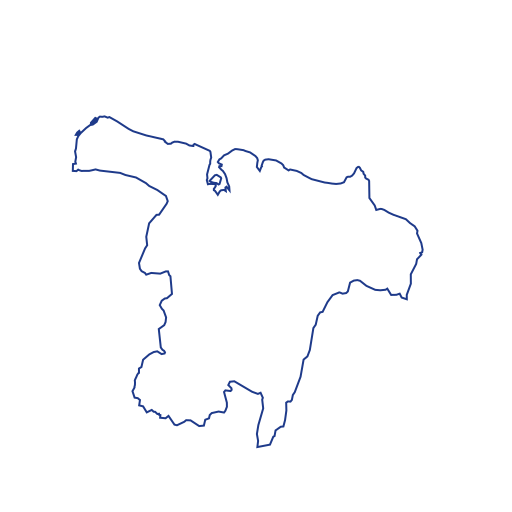 outline of Boffa, Boffa, Guinea, rotated 161°
{"feature_id": "49546643B38864499602181", "entity_name": "Boffa", "entity_type": "district", "adm_level": 2, "iso_a3": "GIN", "parent_name": "Guinea", "parent_adm1": "Boffa", "projection": "mercator", "projection_center": [-14.02, 10.351], "detail": "fine", "context": "isolated", "style": "outline", "palette": "blue", "viewbox_px": 512, "rotation_deg": 161, "n_neighbors": 0, "source": "geoboundaries", "source_scale": "gbopen_adm2", "svg_char_len": 4549}
<svg xmlns="http://www.w3.org/2000/svg" viewBox="0 0 512 512"><g transform="rotate(161 256 256)"><path d="M316.9,74.9L304.2,73.1L298.5,79.5L297.1,79.7L294.3,84.7L288.2,86.5L285.6,85.9L282.0,91.3L277.6,100.0L275.2,107.5L273.2,108.1L270.8,107.1L268.9,108.3L266.4,112.6L263.7,114.6L253.2,127.3L244.7,142.6L240.1,144.3L235.7,149.6L225.2,169.2L221.9,171.6L217.1,179.4L213.7,181.8L211.2,181.5L203.5,189.1L196.3,194.1L190.0,194.4L189.2,194.5L188.4,194.0L186.4,192.2L182.8,191.6L180.7,192.6L175.7,200.2L171.5,200.9L168.0,200.2L165.7,198.7L161.3,191.8L154.3,185.2L149.6,183.1L144.4,181.9L142.5,182.4L140.9,175.2L135.9,173.6L132.4,173.6L131.8,169.3L127.5,166.0L126.1,170.2L118.6,179.4L115.6,188.3L107.5,196.0L107.1,196.4L107.0,196.6L104.8,200.5L99.2,203.4L99.7,204.8L99.7,205.0L99.8,205.2L99.8,205.4L97.7,205.4L96.4,207.7L95.5,214.4L96.4,224.9L95.1,227.3L96.3,232.4L99.6,236.9L102.3,242.0L112.6,250.2L116.4,253.8L119.7,257.8L121.8,259.5L123.2,260.1L127.3,260.4L127.3,265.1L129.9,273.9L124.6,290.1L124.8,291.5L126.6,293.3L127.2,294.6L126.6,296.5L127.5,298.7L127.2,300.7L128.5,302.4L128.7,302.7L129.1,305.7L129.7,306.8L130.5,307.0L132.3,306.4L136.4,302.2L139.0,300.7L141.1,300.3L143.2,301.0L144.7,300.9L148.8,297.1L152.3,297.0L156.7,298.0L160.5,299.7L164.6,301.9L167.1,303.1L178.3,310.5L180.0,312.2L184.6,317.1L186.1,319.7L189.8,323.2L195.6,326.7L197.3,326.3L200.2,330.0L200.6,330.4L200.7,333.0L201.8,335.2L205.9,339.8L212.6,343.4L215.9,344.1L217.7,343.7L218.9,342.6L221.3,339.5L221.2,338.8L222.1,338.3L224.7,335.2L226.2,339.9L224.4,343.7L223.1,345.9L223.0,348.2L224.0,350.7L227.9,355.9L231.8,358.7L233.3,360.1L237.8,362.5L239.6,363.4L241.0,363.9L244.2,363.5L249.2,361.9L253.4,361.6L257.2,359.6L259.1,359.3L261.5,357.3L260.9,355.7L258.6,353.6L259.4,352.2L261.3,352.9L262.0,352.0L260.6,348.8L259.6,347.2L258.6,343.5L258.5,339.2L259.1,334.9L258.7,330.5L259.7,326.7L261.3,331.1L262.6,330.7L263.4,327.2L264.7,328.9L267.6,329.5L269.2,328.9L272.2,326.3L272.8,328.5L273.6,331.1L274.4,331.9L274.0,333.2L272.9,333.9L271.4,335.1L270.9,336.4L271.8,337.6L276.6,339.3L278.1,339.5L277.9,342.3L277.8,343.8L276.6,345.3L275.7,349.1L270.3,357.3L269.3,358.1L268.6,360.1L267.8,361.7L266.3,363.7L265.2,369.3L265.5,370.5L276.2,380.6L277.5,381.9L278.8,381.6L279.3,380.6L279.4,380.4L279.9,380.6L283.0,382.2L285.5,385.0L292.5,389.4L295.8,390.6L298.3,390.5L299.9,389.9L302.9,390.7L304.9,393.7L304.6,394.0L305.7,396.5L320.5,405.7L331.5,413.9L335.0,417.6L338.2,421.7L343.5,428.5L349.4,435.1L351.2,435.1L353.7,437.3L355.9,437.6L358.2,438.6L359.9,438.1L362.4,435.4L362.9,434.8L367.5,433.4L370.2,433.8L375.0,432.3L381.7,429.3L384.9,427.3L387.4,424.7L391.2,416.3L392.4,414.6L392.5,414.6L393.0,413.9L393.1,413.3L393.9,408.0L396.1,404.1L396.2,402.0L397.3,402.2L399.1,402.5L401.5,396.1L398.1,394.7L396.1,395.5L396.0,395.3L393.4,393.3L385.9,390.8L383.5,390.5L379.5,390.1L375.8,387.6L357.4,378.8L353.1,375.1L343.9,369.3L336.3,360.7L334.2,357.0L327.8,350.5L323.2,344.2L321.6,342.1L321.6,336.6L323.5,334.5L334.2,326.6L336.7,327.3L346.4,321.7L353.5,309.9L355.4,301.6L358.4,299.3L368.9,287.5L369.9,281.8L369.9,281.7L369.1,278.9L366.5,276.1L365.9,274.1L360.6,274.1L352.3,270.5L346.3,270.8L344.2,270.1L344.3,266.3L343.5,264.7L347.8,247.5L353.9,245.1L356.1,245.5L359.7,244.4L363.0,240.9L362.2,236.8L361.1,234.5L361.0,227.2L363.0,223.0L365.3,220.5L371.7,218.6L375.8,200.5L375.0,197.8L373.8,196.3L373.4,194.5L374.2,193.6L377.2,194.0L380.4,198.0L384.0,198.5L388.9,197.7L396.5,194.7L400.5,188.3L403.3,187.7L404.7,183.6L405.4,183.5L406.9,182.4L408.5,180.6L409.9,179.2L411.1,177.8L411.5,176.0L412.3,173.9L412.7,173.1L413.5,171.9L413.7,171.3L413.7,171.2L416.8,168.4L416.9,161.6L414.1,160.1L412.6,157.6L415.1,152.8L411.7,150.6L410.2,143.7L404.7,144.4L403.5,142.1L402.1,141.5L400.7,138.7L399.1,138.4L399.3,137.4L398.2,136.7L399.3,134.3L394.3,132.0L390.8,133.3L388.0,123.1L385.8,121.7L377.8,122.6L375.5,123.5L371.4,121.9L365.1,113.7L360.5,112.6L357.3,117.7L353.3,117.8L351.5,120.7L349.0,121.9L342.0,121.1L337.2,118.4L335.4,119.6L332.6,122.9L331.3,126.8L330.5,137.8L328.7,138.9L324.0,136.6L322.6,137.4L322.3,139.0L324.2,143.0L321.6,145.6L317.3,144.6L303.9,128.9L299.1,125.0L296.2,125.2L295.7,119.7L296.9,118.2L298.8,109.6L308.8,95.4L313.1,87.4L314.2,80.5L316.9,74.9ZM275.4,342.1L274.7,340.9L272.1,339.0L269.6,337.8L268.1,335.8L267.0,336.0L263.6,340.8L263.7,341.8L266.7,345.5L268.6,345.7L275.4,342.1ZM368.7,435.7L369.2,434.3L364.6,435.7L362.7,437.0L362.1,438.0L363.0,438.9L368.7,435.7ZM384.9,430.9L386.9,429.2L385.6,428.7L382.2,430.9L382.4,431.9L384.9,430.9Z" fill="none" stroke="#1e3a8a" stroke-width="2"/></g></svg>